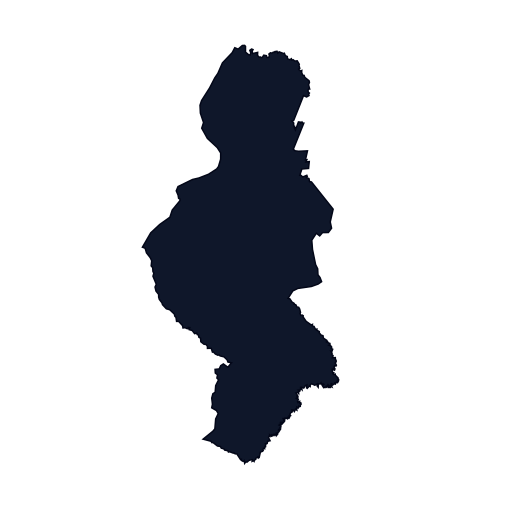 Concordia, Entre Ríos, Argentina (Equal Earth projection), rotated 195°
{"feature_id": "61730980B23463184159568", "entity_name": "Concordia", "entity_type": "district", "adm_level": 2, "iso_a3": "ARG", "parent_name": "Argentina", "parent_adm1": "Entre Ríos", "projection": "equal_earth", "projection_center": [-58.296, -31.285], "detail": "fine", "context": "isolated", "style": "filled", "palette": "ink", "viewbox_px": 512, "rotation_deg": 195, "n_neighbors": 0, "source": "geoboundaries", "source_scale": "gbopen_adm2", "svg_char_len": 6084}
<svg xmlns="http://www.w3.org/2000/svg" viewBox="0 0 512 512"><g transform="rotate(195 256 256)"><path d="M368.0,235.1L365.1,234.8L362.6,230.7L357.7,227.0L355.5,224.4L354.7,219.3L352.8,218.0L351.5,214.3L350.2,213.0L350.3,209.8L345.0,202.9L345.5,199.9L343.5,196.2L340.1,193.7L339.4,191.1L338.1,189.0L334.8,186.5L333.7,184.8L328.9,181.8L325.5,181.8L319.9,178.8L318.8,176.8L317.4,176.0L315.8,172.3L313.7,172.8L308.9,169.7L307.9,167.6L306.0,168.4L303.6,168.0L302.9,168.3L303.0,169.5L301.4,169.7L301.5,167.6L298.3,167.5L295.2,165.1L293.3,166.2L292.5,164.9L291.3,164.9L290.1,162.7L288.3,162.3L287.1,158.9L283.4,157.3L281.2,157.6L279.5,156.1L279.0,154.2L275.4,155.3L273.2,151.9L272.5,152.4L269.9,150.8L267.1,150.3L265.9,151.0L264.9,150.2L260.8,150.3L257.0,148.2L255.7,146.3L252.0,146.5L254.4,141.3L259.6,143.3L261.7,140.9L262.3,137.4L266.2,135.9L265.0,132.4L262.4,131.3L262.2,128.0L260.1,126.7L261.4,120.4L260.2,113.8L262.0,111.8L262.0,107.3L259.7,101.5L259.5,97.9L254.2,96.5L251.7,94.0L252.8,88.2L251.0,78.4L252.3,75.6L259.7,65.4L251.5,65.4L250.3,64.3L249.2,64.7L244.1,62.5L241.1,62.8L239.8,61.4L237.2,61.4L236.0,60.4L232.9,60.6L231.9,59.5L230.7,60.1L226.9,59.7L226.5,60.3L225.0,59.5L223.3,59.9L218.4,55.5L217.5,55.9L217.3,54.8L215.3,54.3L214.4,55.4L213.3,52.8L212.6,54.4L211.3,54.6L209.9,56.7L207.5,58.2L206.7,58.4L206.6,56.7L205.5,57.6L204.7,57.1L204.7,58.2L203.6,59.7L204.0,60.4L202.7,61.8L201.7,61.5L201.9,62.4L200.8,62.3L201.0,67.7L199.1,69.1L198.7,70.0L199.4,70.5L198.9,71.5L199.8,71.7L197.8,72.1L198.4,73.0L197.4,74.2L198.1,74.6L197.6,76.2L198.3,77.1L196.7,77.8L196.8,80.0L194.6,81.2L196.9,83.8L196.8,85.3L195.8,85.3L196.5,86.9L195.3,86.5L194.8,87.1L194.3,86.0L192.9,87.0L193.4,87.7L193.0,88.3L191.9,88.5L191.4,87.7L190.3,89.0L189.8,87.8L189.4,88.7L190.2,89.6L188.4,89.7L190.2,90.5L188.6,91.7L187.7,94.5L189.2,93.6L189.3,94.3L187.8,95.4L188.5,96.6L187.7,97.2L188.1,98.7L189.2,98.6L188.2,99.6L189.3,99.7L188.3,100.4L189.3,101.6L188.8,102.0L187.2,100.9L187.0,101.9L187.7,102.6L186.4,102.1L185.6,104.1L186.0,105.2L186.7,104.7L186.8,105.7L187.1,105.1L187.8,106.0L186.5,106.4L185.4,105.8L185.8,106.3L185.2,107.3L183.4,106.8L182.9,107.5L184.0,108.6L182.1,108.0L181.8,109.6L182.5,110.0L181.3,110.8L182.3,111.7L182.0,113.4L180.6,114.9L181.3,115.5L180.7,116.3L181.2,116.7L180.2,117.0L178.7,115.7L178.2,118.1L176.7,117.7L177.5,119.3L176.9,119.7L177.3,120.5L176.0,120.0L175.9,121.7L175.5,121.3L174.3,122.2L174.6,123.8L174.1,124.5L174.6,125.6L175.7,125.1L175.6,126.0L176.5,125.9L176.5,126.6L177.7,125.3L178.2,126.0L178.0,128.5L180.3,128.9L179.8,130.2L178.9,129.5L179.1,131.2L179.9,132.1L180.4,131.8L180.6,132.8L182.1,134.0L180.6,135.1L179.2,134.2L179.7,135.9L178.9,136.8L180.4,137.4L178.5,138.2L178.8,139.9L177.1,138.9L178.1,141.0L175.7,140.8L174.8,143.6L173.5,144.7L173.3,142.8L172.7,142.6L173.0,141.8L172.3,141.4L170.8,144.2L169.9,144.0L170.3,145.3L169.3,147.0L165.7,146.4L163.8,148.5L163.1,147.7L163.4,146.4L162.0,145.4L162.7,148.7L160.8,149.0L160.3,150.4L158.9,148.6L158.3,150.0L157.2,149.6L157.9,148.6L157.7,147.3L156.4,146.3L154.7,147.8L154.3,147.2L153.7,147.9L154.1,148.6L153.3,148.7L153.2,149.6L152.8,148.9L152.6,149.9L152.0,149.5L152.4,149.3L151.8,148.8L151.9,147.8L150.0,148.3L149.6,149.6L149.0,149.4L149.9,150.6L150.6,150.4L150.3,152.2L149.6,152.4L148.6,151.2L147.2,152.8L146.5,152.8L147.0,153.8L146.0,153.7L145.8,154.8L145.1,154.8L145.2,156.3L144.5,156.4L144.2,155.8L144.0,156.6L144.1,157.9L145.3,158.4L145.0,159.3L148.6,161.5L148.9,162.4L150.5,161.6L151.3,162.2L150.7,163.3L152.1,163.6L153.2,166.4L152.4,167.1L151.8,166.1L150.6,166.0L150.5,167.4L151.8,168.7L151.7,170.4L150.3,170.4L150.1,171.3L151.8,173.2L151.2,174.6L151.7,176.1L152.5,176.5L153.1,178.4L155.9,177.4L155.7,179.6L157.3,180.6L157.3,181.7L159.0,183.4L158.0,183.5L157.8,185.8L159.5,186.2L159.3,187.6L160.6,188.6L162.5,188.7L161.6,189.7L162.0,190.7L163.7,190.8L164.6,191.7L166.1,190.6L165.3,191.9L165.7,192.8L169.6,194.1L170.7,196.4L172.5,196.4L175.1,198.2L175.3,199.4L178.3,200.1L178.2,201.1L179.7,200.7L181.7,203.0L183.6,203.0L183.8,204.5L184.8,203.7L190.7,205.9L194.8,209.4L194.9,210.5L196.1,210.9L197.3,210.2L198.7,212.0L198.4,213.0L200.1,216.1L201.5,217.5L203.2,217.3L204.9,219.2L206.9,219.3L206.9,220.1L209.4,220.9L212.2,223.4L214.1,223.4L211.4,231.8L207.2,235.5L194.6,240.9L188.7,245.0L186.0,248.2L188.6,251.8L191.3,253.9L193.1,259.6L196.2,263.1L203.1,276.9L206.2,285.7L203.6,293.6L199.7,291.9L197.8,295.8L192.2,297.4L190.2,302.4L193.1,308.1L193.6,321.2L221.6,341.9L223.5,341.7L224.9,344.5L227.7,344.8L227.8,345.5L227.1,346.1L227.8,347.1L231.3,344.5L233.6,345.6L234.6,345.3L234.2,351.9L227.9,354.2L229.0,361.0L232.2,359.7L231.8,362.2L233.1,361.7L233.5,370.9L241.9,368.2L245.5,367.7L247.6,368.8L244.2,396.7L245.2,396.5L246.3,397.4L247.1,395.9L247.9,396.8L249.7,396.5L250.5,387.8L251.6,389.0L251.3,390.1L252.2,389.9L252.3,391.3L253.3,391.4L254.0,394.2L256.3,395.7L254.7,396.7L251.6,423.2L248.3,422.7L246.3,424.7L247.1,426.0L246.6,427.2L248.0,427.9L248.6,429.3L248.4,431.0L247.4,431.2L249.6,435.1L249.3,437.5L250.1,439.0L255.1,441.2L256.3,442.9L257.7,442.7L259.4,445.1L259.8,447.0L260.7,446.2L263.0,447.2L263.3,447.7L262.3,448.6L263.9,451.4L263.8,452.4L266.7,455.2L269.0,454.3L270.9,455.2L272.0,454.5L272.9,455.7L274.0,454.4L276.6,454.6L277.4,456.8L279.5,457.1L281.1,459.2L281.7,458.7L286.5,459.2L287.5,457.6L288.7,459.2L290.7,458.3L290.6,457.4L292.1,457.4L292.8,456.2L294.7,456.0L295.8,454.4L295.0,453.3L295.0,451.2L296.9,450.6L297.8,452.2L300.5,452.0L301.3,449.5L302.1,449.0L303.1,449.4L304.1,448.8L306.4,450.1L307.1,453.1L311.6,450.7L312.7,452.7L312.3,454.6L313.8,454.8L315.2,453.1L313.6,450.8L313.7,448.5L315.4,448.6L318.9,450.2L320.4,455.8L321.5,456.5L323.7,455.8L326.8,451.2L330.4,451.7L331.6,446.3L338.4,433.8L340.1,422.5L341.9,417.4L344.3,406.4L348.8,392.1L349.1,387.1L346.7,379.6L341.2,371.3L341.5,365.4L333.4,357.0L321.5,350.7L316.8,346.4L315.2,340.4L315.4,332.7L316.5,329.9L323.0,322.7L331.3,316.6L337.1,313.5L349.3,302.9L349.9,298.3L347.0,294.6L345.7,291.7L344.0,291.2L343.8,289.7L348.8,278.7L349.2,271.2L357.2,261.5L363.7,251.1L368.0,235.1Z" fill="#0f172a" stroke="#020617" stroke-width="1.5"/></g></svg>